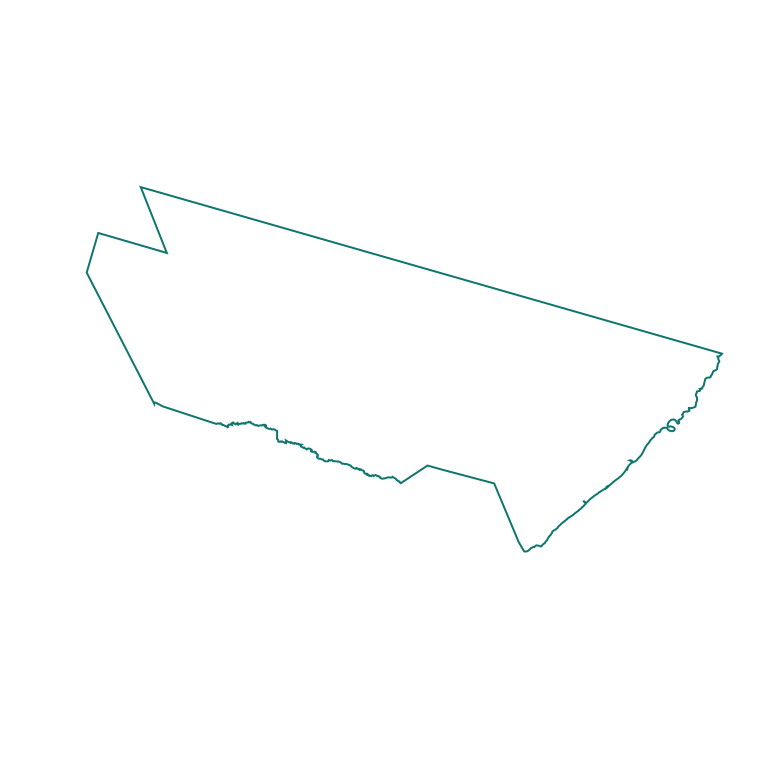 the district of Vanimo/Green River District, Sandaun, Papua New Guinea, rotated 106°
{"feature_id": "67681753B35177268475700", "entity_name": "Vanimo/Green River District", "entity_type": "district", "adm_level": 2, "iso_a3": "PNG", "parent_name": "Papua New Guinea", "parent_adm1": "Sandaun", "projection": "equal_earth", "projection_center": [141.584, -3.431], "detail": "fine", "context": "isolated", "style": "outline", "palette": "teal", "viewbox_px": 768, "rotation_deg": 106, "n_neighbors": 0, "source": "geoboundaries", "source_scale": "gbopen_adm2", "svg_char_len": 6044}
<svg xmlns="http://www.w3.org/2000/svg" viewBox="0 0 768 768"><g transform="rotate(106 384 384)"><path d="M506.3,203.1L505.9,201.3L505.3,200.3L504.1,199.0L503.1,198.5L502.6,198.1L501.8,197.9L501.3,197.5L500.0,196.2L499.7,195.7L499.4,194.7L497.6,193.6L497.1,192.9L496.7,189.6L497.0,188.9L496.9,188.4L496.4,187.9L495.8,187.6L495.0,187.4L493.4,186.3L492.7,185.6L491.4,185.3L489.3,184.2L486.4,183.7L485.5,183.4L483.5,182.4L481.7,181.7L480.0,181.4L479.6,181.5L478.3,180.7L476.3,178.7L474.5,177.5L473.7,177.4L469.4,175.0L465.9,172.4L465.4,172.1L463.6,170.9L462.2,170.1L460.5,168.7L458.6,166.8L457.0,165.6L455.8,165.0L454.9,164.2L453.1,162.9L452.2,162.1L450.7,161.4L449.5,160.3L448.3,159.9L447.0,158.9L443.6,157.2L443.2,157.3L441.3,160.3L442.0,158.2L442.7,157.0L441.9,156.3L437.8,154.1L433.6,151.1L430.6,148.5L428.8,147.3L427.7,146.3L422.6,141.6L422.0,141.6L421.6,141.8L421.0,141.2L422.2,141.1L419.4,139.4L413.5,135.5L411.4,133.9L410.3,133.0L407.3,130.9L403.9,129.2L401.3,128.1L398.8,127.4L399.5,127.2L399.4,126.7L397.0,126.7L395.3,126.4L391.4,124.3L390.9,123.8L390.9,123.2L390.7,123.0L390.4,123.0L390.3,124.4L389.8,125.5L389.7,126.5L389.3,125.8L389.4,125.1L390.0,123.3L390.0,122.3L389.2,121.3L387.8,120.2L384.5,118.7L382.4,117.5L381.4,117.1L377.5,116.1L372.8,115.3L369.8,114.4L367.9,113.4L364.3,112.3L363.4,111.7L361.9,111.2L360.9,110.2L360.0,109.8L358.6,109.9L357.6,109.5L355.8,108.2L354.7,107.0L354.5,105.9L354.3,105.7L353.5,105.4L351.8,105.4L350.6,104.5L349.9,104.2L349.1,103.3L348.9,102.4L348.4,101.6L348.2,99.8L349.5,98.5L350.0,97.5L350.1,96.8L350.1,94.9L349.9,93.9L349.3,92.9L348.9,92.4L347.8,92.0L347.1,92.1L346.3,92.9L345.9,93.6L345.7,94.7L345.7,95.7L345.8,97.1L346.6,98.5L346.6,99.0L345.6,100.0L345.0,100.1L343.7,100.2L341.1,99.3L339.4,98.1L339.0,97.4L338.3,96.0L338.2,95.3L338.3,94.6L338.5,94.1L339.5,92.5L340.4,91.8L341.0,90.9L340.9,90.1L340.4,89.6L339.3,89.7L339.0,89.8L338.1,90.9L337.6,90.9L337.1,90.5L335.6,88.7L333.9,87.9L332.9,87.7L332.5,87.7L331.3,89.0L330.6,88.5L328.6,88.3L327.8,87.3L326.8,85.0L326.8,84.5L325.8,83.3L325.0,83.1L324.0,84.1L323.0,84.3L322.3,81.3L320.0,78.4L319.1,78.4L315.4,78.9L314.1,78.5L313.5,78.5L311.0,79.3L310.5,79.6L309.4,80.7L308.6,81.1L307.8,81.3L306.8,81.0L304.9,81.1L303.6,78.6L303.0,78.7L302.5,78.3L302.1,78.3L301.5,79.0L301.2,78.4L300.9,77.1L300.6,76.9L299.7,77.0L298.8,76.9L297.7,76.2L293.2,76.5L292.4,76.4L290.8,76.6L289.6,75.9L288.8,75.0L288.2,73.1L287.2,72.0L286.2,72.1L284.6,71.4L283.4,71.2L281.4,71.1L280.9,70.8L278.9,68.6L278.0,68.0L272.9,68.6L272.0,68.5L270.7,68.0L269.7,67.9L268.2,69.4L267.2,69.7L265.7,71.0L265.4,69.9L265.0,69.3L264.4,69.1L262.9,67.9L261.7,67.5L261.8,672.1L317.9,628.9L317.6,700.3L358.9,700.5L466.3,599.5L465.1,599.7L464.8,598.9L466.5,590.2L468.6,534.7L468.5,534.0L468.1,533.6L467.7,532.9L467.7,532.2L467.3,531.6L467.4,530.9L466.8,530.2L467.4,529.8L467.7,529.0L467.4,528.3L467.9,527.6L467.6,526.9L468.0,526.2L468.2,523.7L468.7,522.6L468.1,522.0L467.2,522.7L466.0,522.2L465.8,521.2L465.2,520.4L465.3,518.9L464.9,519.2L464.3,519.9L462.8,518.9L462.6,518.2L463.4,518.0L463.3,516.8L463.7,515.9L463.0,515.5L462.5,514.7L462.0,514.2L462.6,514.0L463.1,514.0L463.3,512.8L462.9,512.8L462.5,513.2L461.8,511.0L461.5,510.4L461.0,510.2L460.9,509.6L461.0,509.0L460.7,508.3L460.3,508.1L460.5,507.0L460.4,506.5L459.9,506.8L459.2,505.9L458.5,504.2L458.0,503.7L457.7,503.6L457.8,503.2L458.0,502.8L457.9,502.5L457.5,502.1L457.3,501.8L458.2,500.9L458.4,500.5L458.5,500.0L458.4,498.9L458.7,498.3L458.8,497.9L458.8,497.5L459.1,496.3L459.1,495.9L459.0,495.5L458.6,495.2L458.6,494.6L458.9,494.1L458.7,493.7L458.7,493.2L458.8,493.0L457.9,491.6L457.4,489.8L457.2,489.6L456.9,489.5L456.2,488.1L456.1,487.4L456.1,486.6L456.3,486.1L456.6,485.9L456.8,486.9L457.0,487.2L457.4,487.2L457.7,486.9L457.8,485.9L457.9,485.6L458.4,485.4L458.7,484.7L458.7,483.5L458.9,482.5L458.6,481.5L458.3,481.1L458.2,480.7L458.3,480.3L458.6,479.7L458.5,479.0L458.2,478.4L457.9,478.0L457.9,477.4L458.6,473.8L466.2,471.7L466.2,471.3L467.5,470.1L468.1,469.9L468.5,469.6L468.6,468.9L467.9,467.8L467.9,466.9L467.4,466.8L467.3,466.1L467.5,465.6L467.5,464.4L467.9,463.4L467.8,461.9L466.7,462.3L465.8,462.3L465.3,462.6L466.1,460.0L466.0,459.4L466.2,458.8L466.1,458.1L466.3,457.6L465.6,457.5L465.7,456.2L466.2,455.5L465.9,454.7L466.2,453.9L465.3,453.5L465.4,451.8L465.7,451.3L465.4,450.9L465.1,450.4L465.0,449.6L465.3,449.3L465.6,449.0L465.2,447.8L465.1,446.6L465.7,447.1L466.5,447.0L467.0,446.5L467.1,445.4L467.5,444.2L467.1,443.3L467.7,443.0L467.6,442.5L467.8,440.8L468.2,440.1L467.8,439.7L466.9,439.2L466.6,438.0L467.1,435.5L467.9,435.0L468.5,435.8L468.8,435.7L469.0,434.2L468.2,432.0L468.4,430.9L469.3,430.8L469.2,430.0L469.7,429.2L470.1,428.3L471.3,427.7L471.8,428.4L473.1,428.0L473.7,426.4L473.7,425.4L473.4,424.5L473.5,423.7L473.7,422.9L473.4,422.2L473.5,421.6L474.3,420.6L474.5,419.1L473.8,416.5L473.0,416.0L472.3,416.1L472.3,414.2L471.4,413.0L472.2,411.8L471.8,410.8L471.9,410.3L471.4,407.9L471.4,407.1L471.0,406.3L471.2,405.2L471.2,404.5L472.2,402.0L471.8,401.5L471.7,400.4L471.8,399.4L471.4,398.5L471.2,397.6L471.3,396.7L471.4,395.8L471.7,393.3L472.5,392.4L472.8,391.6L472.9,391.0L473.3,389.6L473.4,388.2L472.8,387.4L472.3,387.5L472.2,387.3L472.8,386.3L472.6,385.6L472.8,385.4L472.8,384.7L473.2,384.4L473.3,384.1L472.6,383.8L472.9,383.3L472.9,382.9L472.5,382.6L473.0,381.8L473.0,379.7L473.3,379.2L474.8,378.6L475.1,377.7L475.4,376.8L475.1,376.2L474.9,375.2L475.4,375.0L475.6,374.6L475.9,374.8L475.9,374.2L476.1,373.8L475.9,373.2L476.3,372.9L476.1,372.4L476.2,372.2L476.0,371.8L476.2,371.3L476.1,370.9L474.9,370.1L474.8,369.6L475.3,368.5L474.5,368.0L473.8,366.8L474.4,364.9L474.4,364.5L474.1,364.3L474.3,363.8L474.2,363.0L474.2,362.8L474.6,362.4L474.8,361.9L475.4,361.5L475.5,360.0L475.4,359.0L474.9,358.4L474.4,357.0L473.3,355.5L472.5,354.0L472.0,351.4L471.6,350.5L470.9,350.3L471.6,347.2L472.1,346.2L472.5,345.9L472.8,345.2L472.8,344.6L473.3,344.1L473.5,343.2L473.4,342.5L473.6,342.2L474.1,341.9L474.7,340.5L450.4,319.7L450.3,303.2L449.2,250.7L499.0,210.8L506.3,203.1Z" fill="none" stroke="#0f766e" stroke-width="2"/></g></svg>